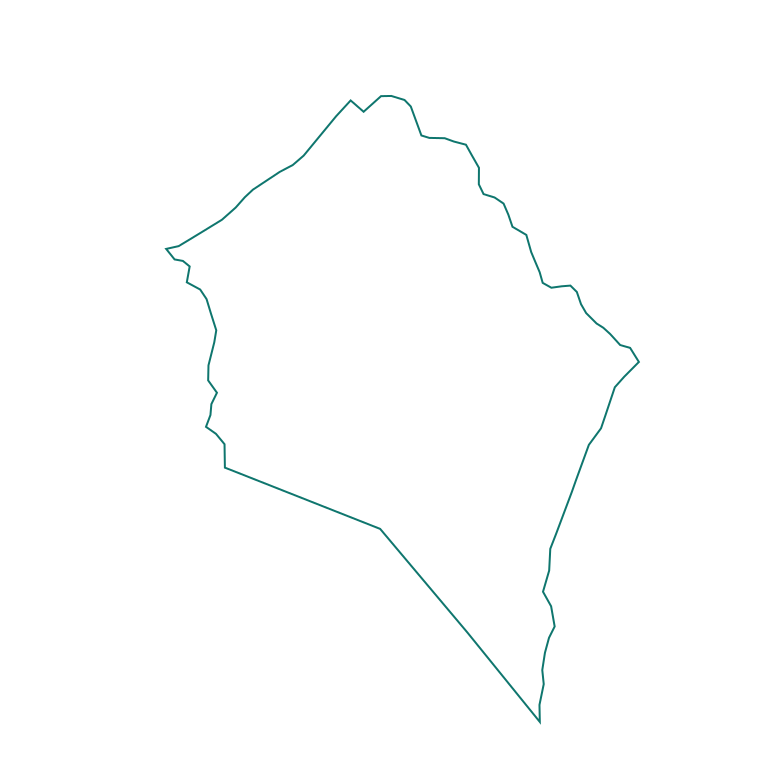 outline of Itajá, Rio Grande do Norte, Brazil, rotated 197°
{"feature_id": "56859067B91180635159801", "entity_name": "Itajá", "entity_type": "district", "adm_level": 2, "iso_a3": "BRA", "parent_name": "Brazil", "parent_adm1": "Rio Grande do Norte", "projection": "equal_earth", "projection_center": [-36.809, -5.683], "detail": "fine", "context": "isolated", "style": "outline", "palette": "teal", "viewbox_px": 768, "rotation_deg": 197, "n_neighbors": 0, "source": "geoboundaries", "source_scale": "gbopen_adm2", "svg_char_len": 1210}
<svg xmlns="http://www.w3.org/2000/svg" viewBox="0 0 768 768"><g transform="rotate(197 384 384)"><path d="M146.7,479.6L159.2,490.5L169.5,490.3L182.3,497.9L190.7,501.9L198.4,504.0L211.4,510.9L218.9,517.9L226.5,528.4L234.5,532.6L242.6,529.4L252.1,525.0L261.8,527.1L267.8,536.4L275.0,545.0L281.8,553.2L291.5,568.2L307.1,571.9L314.6,582.3L322.4,591.5L332.8,594.7L344.3,594.7L351.7,602.7L356.4,618.5L367.3,628.8L375.6,636.8L388.1,636.3L397.8,636.8L412.6,632.6L420.9,632.6L439.5,657.2L447.4,661.6L461.2,661.6L471.0,658.4L483.1,638.4L498.8,645.4L508.1,626.0L527.6,578.9L535.3,566.7L545.7,556.4L566.2,531.5L571.7,521.9L577.4,509.4L587.0,493.7L603.8,474.7L620.7,455.8L631.8,449.5L620.7,441.9L612.3,442.9L604.2,439.6L602.3,423.6L587.4,420.6L578.5,413.3L570.1,400.8L560.1,386.3L558.5,374.3L557.3,350.5L553.2,336.0L541.2,326.8L543.2,314.3L540.9,303.6L541.7,291.0L530.1,287.2L518.9,279.8L511.7,257.5L345.3,244.3L231.7,170.8L136.2,106.4L141.5,122.6L143.5,143.7L149.0,156.7L151.5,174.0L152.0,189.5L149.9,202.0L159.2,220.3L171.2,231.8L171.5,253.9L176.8,275.0L175.6,291.0L172.8,336.0L172.3,347.8L170.3,385.7L163.5,405.1L163.1,418.1L162.3,448.4L156.4,461.2L146.7,479.6Z" fill="none" stroke="#0f766e" stroke-width="2"/></g></svg>